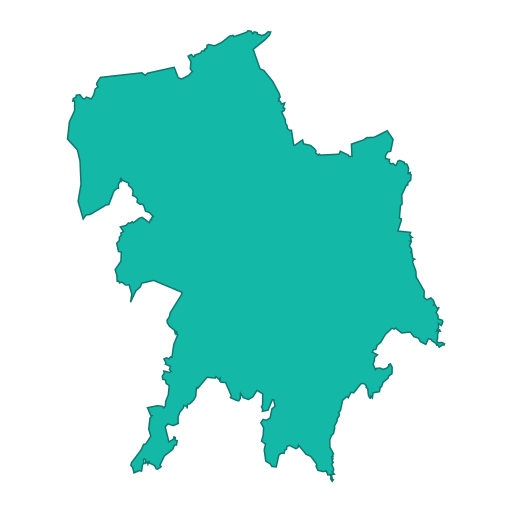 Morelia, Michoacán, Mexico (Equal Earth projection)
{"feature_id": "50627088B87271210555376", "entity_name": "Morelia", "entity_type": "district", "adm_level": 2, "iso_a3": "MEX", "parent_name": "Mexico", "parent_adm1": "Michoacán", "projection": "equal_earth", "projection_center": [-101.279, 19.655], "detail": "fine", "context": "isolated", "style": "filled", "palette": "teal", "viewbox_px": 512, "rotation_deg": 0, "n_neighbors": 0, "source": "geoboundaries", "source_scale": "gbopen_adm2", "svg_char_len": 6046}
<svg xmlns="http://www.w3.org/2000/svg" viewBox="0 0 512 512"><path d="M383.1,382.3L388.0,378.2L388.9,375.8L392.0,373.7L392.2,367.4L390.4,363.8L388.6,364.7L388.8,366.2L386.6,368.2L383.0,369.3L380.0,368.0L376.4,368.4L375.5,369.7L373.1,364.3L374.5,360.5L374.5,357.5L377.5,354.8L372.3,352.2L373.4,349.6L375.8,349.5L377.1,345.4L380.8,342.2L385.3,334.5L391.9,328.3L394.4,329.1L395.6,328.0L401.6,333.0L410.3,332.0L413.8,336.6L418.6,338.2L420.3,341.6L425.8,344.4L428.3,338.7L431.5,339.4L431.7,340.6L435.9,343.4L436.7,345.2L437.6,344.6L439.2,347.2L442.9,344.7L444.0,345.1L444.5,343.8L441.7,342.4L438.5,342.7L437.2,341.9L436.8,339.9L437.6,339.0L437.6,334.0L438.9,331.1L440.3,331.1L439.5,329.8L436.8,330.9L438.7,327.5L438.3,323.6L441.4,325.5L442.9,321.7L442.2,320.2L438.0,318.9L438.1,315.8L436.1,312.4L439.2,307.3L437.4,308.6L434.7,304.3L433.9,304.7L434.4,303.3L433.4,300.4L431.0,297.9L426.8,299.8L424.0,297.4L424.2,291.0L416.2,277.1L415.9,271.2L412.6,262.3L413.3,259.9L414.7,259.2L412.7,258.3L411.9,252.9L410.9,252.3L411.8,251.4L411.4,248.7L409.4,245.9L411.1,242.0L410.2,241.3L411.3,241.3L410.6,237.3L412.1,237.3L409.5,235.0L410.6,232.4L397.9,231.0L401.3,220.4L401.3,218.8L399.4,218.0L400.5,205.5L402.1,204.1L401.8,194.9L406.4,185.2L407.7,185.1L407.9,182.6L410.7,180.2L411.0,174.5L410.1,174.2L410.3,172.5L408.1,173.5L408.6,168.2L406.9,164.2L404.3,163.6L404.4,162.3L399.8,160.4L397.8,161.2L396.4,164.9L395.2,165.4L393.0,163.4L390.6,163.9L389.0,161.2L389.5,159.5L385.5,158.6L385.6,155.3L387.8,151.9L390.7,151.2L393.1,139.5L387.2,130.7L374.1,137.3L366.8,137.6L363.6,139.9L351.4,144.1L352.0,156.4L349.0,156.5L348.5,155.2L340.3,151.2L339.0,154.2L320.5,155.1L319.2,154.1L318.3,155.3L315.6,153.0L316.0,150.9L314.5,148.8L310.7,145.5L303.5,143.8L302.6,139.9L294.6,145.4L293.7,145.0L291.5,130.2L289.8,130.5L287.5,128.8L287.0,125.5L285.6,123.6L285.3,119.7L281.6,112.0L284.1,110.7L284.8,108.4L283.0,107.7L284.7,102.9L281.5,104.0L280.3,101.5L278.5,100.9L279.4,99.4L278.5,98.4L280.2,97.2L279.3,93.8L272.7,81.4L263.9,70.5L260.0,68.8L253.2,49.3L264.9,39.9L269.5,35.1L270.7,32.0L268.0,31.8L264.8,34.6L261.7,35.5L257.2,33.9L257.2,32.6L254.2,31.8L252.9,33.8L251.1,31.2L247.9,30.7L246.6,32.3L234.1,36.6L232.9,35.3L229.5,36.2L221.6,42.5L214.6,45.8L208.4,44.5L207.0,45.4L206.7,48.4L204.5,49.3L204.4,50.9L202.0,50.9L200.5,53.1L194.5,55.2L194.7,56.5L193.3,56.9L191.3,54.5L188.1,56.2L190.9,61.6L190.3,69.0L192.4,71.4L188.7,75.4L181.6,79.0L178.2,77.7L174.2,67.3L147.6,73.2L145.1,75.3L141.9,72.8L100.4,77.4L96.9,82.8L96.6,84.7L98.1,86.9L95.2,89.0L93.9,94.4L91.4,98.9L86.4,97.1L84.6,98.9L82.7,98.4L79.9,94.7L76.3,95.2L76.1,97.0L73.3,98.7L72.7,101.1L74.6,100.9L74.6,110.6L69.4,121.8L67.5,139.1L77.4,149.9L80.0,161.0L81.0,184.2L78.1,201.3L83.2,219.0L85.9,215.1L90.3,214.4L106.2,204.9L108.8,204.6L114.0,191.0L117.3,188.2L118.5,188.3L118.4,184.4L119.9,181.6L121.2,181.6L120.3,179.2L120.9,178.3L122.6,180.5L128.7,183.0L128.5,185.5L131.9,188.2L133.1,190.7L132.6,195.5L135.8,196.9L137.6,199.0L137.0,202.1L139.9,204.3L142.2,204.0L143.9,205.9L145.5,211.2L149.4,212.4L153.4,216.6L151.9,217.3L151.5,219.7L150.5,219.4L149.3,222.7L142.2,217.4L139.2,218.3L133.4,222.8L132.3,221.7L130.0,223.3L128.5,222.9L126.1,225.4L120.3,226.9L123.5,231.5L120.8,233.1L121.3,235.0L119.3,237.5L119.4,240.4L116.7,243.3L118.5,251.5L121.3,252.1L120.9,261.3L115.1,269.7L116.8,274.9L117.2,281.3L118.6,281.2L119.5,282.9L121.9,282.1L125.7,285.0L129.2,284.9L131.8,294.1L130.5,302.2L135.9,290.8L140.4,286.8L141.7,283.2L153.7,280.4L182.1,292.4L181.4,294.9L170.3,312.6L169.2,317.2L167.0,320.2L167.2,322.5L169.5,326.3L176.9,332.1L176.8,334.5L177.7,334.9L173.8,344.3L171.9,357.3L170.7,356.8L168.9,358.8L166.5,357.8L163.9,359.0L166.1,363.1L165.4,364.2L170.5,366.4L169.4,369.6L171.3,371.5L169.5,372.4L163.8,371.0L164.2,373.3L162.3,376.1L162.7,379.3L165.4,379.9L166.2,383.5L169.2,385.5L168.3,394.9L165.7,401.2L165.3,406.4L163.7,407.9L162.6,406.4L157.5,405.7L147.5,407.7L150.8,415.5L152.0,415.7L150.0,418.0L148.7,429.1L150.8,436.2L145.7,444.1L143.6,444.4L141.0,450.1L131.5,462.7L130.8,465.2L132.7,467.6L134.0,472.9L139.3,470.6L141.6,471.1L142.5,464.7L144.0,463.1L143.5,459.4L144.4,458.8L145.9,460.4L145.5,463.3L147.6,462.1L148.0,464.1L149.0,461.7L149.6,463.1L154.6,465.5L156.2,468.8L157.4,469.2L160.6,467.2L161.1,466.4L159.8,465.5L164.4,455.9L172.6,449.5L174.5,445.0L176.5,445.0L177.2,440.8L174.9,439.8L175.4,437.6L174.0,436.8L173.2,439.4L168.9,441.9L165.2,426.9L167.9,423.9L173.4,425.6L178.9,423.2L178.1,423.2L178.1,416.8L179.8,412.3L183.5,407.6L183.8,405.4L186.9,406.5L187.2,408.5L187.5,404.3L189.9,403.8L193.7,399.9L195.8,396.1L196.3,388.5L197.2,387.4L197.8,388.3L207.0,377.3L215.3,378.1L216.0,376.6L219.1,379.6L220.1,378.4L219.9,381.2L221.0,382.2L225.6,382.6L231.4,395.9L230.4,397.6L237.0,400.6L238.8,400.8L240.2,398.6L240.5,393.3L243.2,397.6L248.5,399.5L253.1,396.6L257.0,390.4L262.7,393.8L262.6,405.0L261.4,406.7L262.7,409.3L262.3,411.3L268.0,410.2L272.4,399.6L273.7,399.8L275.0,406.3L272.0,408.7L270.1,417.9L266.3,420.3L263.1,419.4L260.8,422.8L263.6,427.7L263.2,435.3L261.5,441.1L265.5,444.1L264.2,450.0L265.8,461.1L270.2,463.8L271.9,466.5L276.2,466.9L278.8,455.2L280.9,453.3L284.1,453.3L285.0,449.9L286.5,449.4L286.9,446.5L289.6,445.4L295.9,448.7L298.0,447.5L298.5,445.1L306.1,454.3L310.8,456.4L316.4,463.8L316.8,465.4L316.0,466.0L317.9,470.3L323.1,471.6L326.3,471.0L327.9,475.0L329.5,474.5L330.9,476.5L330.8,479.1L332.2,481.3L333.3,479.7L332.2,478.8L331.4,474.5L334.3,474.1L332.2,471.8L333.5,470.8L333.7,469.1L331.7,464.4L333.2,462.3L332.1,460.6L332.9,458.6L331.9,458.4L331.7,456.7L333.0,456.7L332.6,454.7L333.5,453.9L329.9,447.0L329.8,439.7L331.3,435.9L333.6,433.3L334.8,427.6L334.2,426.6L337.0,421.4L337.3,418.3L339.0,416.2L339.4,414.0L338.6,412.5L340.5,410.4L342.6,400.3L346.8,396.5L348.2,397.8L350.9,392.4L353.7,392.8L360.8,383.9L362.8,383.4L364.7,384.0L366.4,386.0L366.1,387.5L367.7,388.5L368.4,395.0L369.6,397.8L370.6,398.2L371.0,396.1L372.4,397.8L373.1,392.8L379.4,391.7L380.3,387.1L381.5,386.8L383.1,382.3ZM175.9,332.2L174.8,331.6L175.3,333.6L175.9,332.2Z" fill="#14b8a6" stroke="#0f766e" stroke-width="1.5"/></svg>